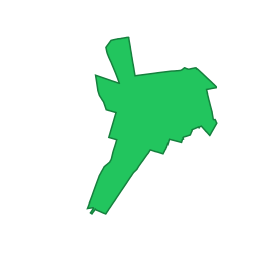 outline of Zeist, Utrecht, Netherlands, rotated 219°
{"feature_id": "6326949B68881677079374", "entity_name": "Zeist", "entity_type": "district", "adm_level": 2, "iso_a3": "NLD", "parent_name": "Netherlands", "parent_adm1": "Utrecht", "projection": "albers", "projection_center": [5.247, 52.115], "detail": "fine", "context": "isolated", "style": "filled", "palette": "green", "viewbox_px": 256, "rotation_deg": 219, "n_neighbors": 0, "source": "geoboundaries", "source_scale": "gbopen_adm2", "svg_char_len": 5177}
<svg xmlns="http://www.w3.org/2000/svg" viewBox="0 0 256 256"><g transform="rotate(219 128 128)"><path d="M170.7,135.3L164.8,133.3L164.0,133.1L163.4,132.9L156.4,128.5L155.3,129.0L154.4,129.3L152.5,130.2L149.8,131.3L147.0,132.5L145.7,129.3L145.3,128.3L144.6,126.7L142.5,121.7L141.8,120.0L141.2,118.6L140.6,117.1L137.0,108.6L129.4,111.8L128.0,108.6L126.9,105.9L125.8,103.0L125.0,101.0L124.7,100.3L124.5,99.8L121.9,94.4L121.4,93.3L121.3,92.9L121.1,92.1L121.0,91.2L120.8,90.2L120.7,89.8L121.0,88.6L121.3,86.8L121.6,85.5L121.7,85.1L122.1,82.8L121.9,81.9L121.5,79.7L121.1,77.0L121.0,76.6L120.8,76.0L120.7,75.0L120.6,74.8L120.5,74.1L120.3,72.9L119.7,71.2L119.6,70.8L119.5,70.6L119.3,70.3L119.2,69.7L119.0,69.2L118.8,68.5L117.3,64.1L116.3,61.2L115.0,57.5L114.8,56.9L113.2,52.4L110.9,45.5L110.6,45.5L110.4,44.7L110.0,43.6L109.4,41.8L108.8,39.9L108.2,40.6L107.4,41.5L105.5,43.5L104.9,44.1L104.3,43.9L104.1,42.0L104.1,41.7L103.9,40.0L103.8,38.4L103.3,38.4L102.1,38.5L101.9,38.6L102.0,39.0L102.1,40.6L102.1,41.5L102.2,43.6L102.2,43.8L102.2,44.2L102.3,44.4L101.7,44.4L101.2,44.3L100.9,44.3L100.7,44.4L100.4,44.5L99.1,44.9L95.9,45.8L93.9,46.3L93.6,46.4L91.5,47.1L91.2,47.2L91.3,48.6L91.5,50.1L91.5,50.3L91.5,50.6L91.6,51.6L91.7,52.0L91.8,53.1L91.8,53.4L91.8,53.6L91.9,54.1L91.9,54.9L92.1,56.9L92.2,57.8L92.3,58.8L92.6,62.3L92.6,63.0L92.7,63.4L92.7,63.9L92.9,65.5L93.0,66.3L93.0,66.5L93.2,68.5L93.2,68.9L93.3,69.9L93.8,75.2L93.8,75.6L93.9,76.1L93.9,76.6L94.2,80.1L94.3,80.9L94.3,81.5L94.4,82.3L94.5,83.7L94.8,86.3L95.1,89.8L95.3,91.8L95.3,92.7L95.6,95.1L95.6,95.9L95.7,96.7L95.1,101.3L95.2,102.2L95.4,103.1L95.5,104.1L95.6,104.7L95.7,105.7L95.8,107.5L95.9,108.9L96.0,110.6L96.0,110.9L96.0,111.5L96.1,112.8L96.3,115.7L96.4,116.9L96.4,117.5L96.5,118.6L96.5,121.1L96.7,122.7L97.0,124.9L95.0,125.7L93.5,126.3L92.5,126.6L91.9,126.9L89.8,127.9L87.2,128.9L85.6,129.5L84.6,129.9L85.6,134.6L85.6,134.8L85.6,135.3L85.6,135.5L85.7,135.8L85.9,136.0L86.0,136.2L86.1,136.3L86.1,136.5L86.1,136.9L86.1,137.2L86.2,137.3L86.3,137.6L86.8,138.9L87.0,139.6L87.2,140.2L87.4,140.7L87.0,140.6L86.6,140.5L87.2,142.1L87.6,143.0L88.6,145.4L77.8,150.3L77.7,150.4L77.4,150.4L77.3,150.5L77.9,152.0L78.2,152.7L78.5,153.4L77.9,154.3L79.2,155.3L79.1,155.6L79.0,155.9L78.8,156.4L77.3,158.5L76.8,159.3L75.2,161.8L75.3,162.2L75.4,162.6L75.6,163.1L76.4,166.1L76.6,166.4L76.7,166.7L76.9,166.8L77.1,167.0L73.8,173.2L72.2,172.6L73.3,173.4L72.2,175.6L70.8,175.4L70.2,175.3L69.6,175.2L67.9,174.9L67.1,174.8L65.1,174.4L64.7,174.5L63.8,174.3L63.0,174.2L62.9,174.2L62.7,174.2L61.3,173.9L61.2,173.9L60.6,173.8L60.4,173.8L59.7,173.7L59.7,173.8L59.9,174.9L60.0,175.6L60.1,176.0L60.4,177.7L60.5,178.2L60.8,180.3L61.5,184.5L62.0,187.6L62.3,187.8L63.3,188.2L63.6,188.3L63.8,188.5L64.1,188.7L64.4,188.9L64.7,189.0L64.9,189.1L65.1,189.2L65.3,189.1L65.5,189.1L65.7,189.3L65.8,189.2L66.1,188.9L66.3,188.7L66.6,188.5L66.8,188.4L67.0,188.4L67.3,188.5L70.5,191.3L71.3,192.0L72.0,192.6L72.5,193.1L72.9,193.5L73.8,194.1L74.2,194.4L76.5,196.1L78.3,197.4L78.8,197.8L79.1,198.0L81.6,199.9L82.6,200.6L82.9,200.8L83.0,200.9L83.7,201.4L84.1,201.8L85.2,202.6L88.0,204.7L87.9,204.8L89.8,206.3L90.8,207.1L91.2,207.4L88.5,210.5L87.9,211.3L84.8,214.8L85.0,215.2L85.2,215.4L85.4,215.6L88.8,216.0L89.5,216.0L90.6,216.1L92.6,216.3L98.5,216.7L100.6,216.9L100.8,216.9L101.2,216.9L103.2,217.1L106.1,217.3L107.0,217.3L107.7,217.4L111.3,217.6L111.7,217.1L111.8,217.1L112.7,217.6L112.9,217.4L113.0,217.3L113.4,217.2L113.6,217.1L113.8,216.8L114.0,216.6L114.3,216.2L114.6,215.8L115.2,215.1L115.5,214.8L115.8,214.4L117.1,212.7L117.4,212.3L117.7,212.0L117.8,211.9L118.4,211.6L118.7,211.5L119.4,211.2L120.3,210.9L121.0,210.7L121.6,210.6L121.8,210.5L121.9,210.4L122.0,210.3L122.0,210.1L122.4,208.5L122.4,208.1L122.6,207.6L122.6,207.3L122.7,207.2L122.8,206.9L122.9,206.7L123.0,206.5L123.3,205.9L124.3,204.9L124.9,204.3L125.5,203.7L126.0,203.3L126.7,202.6L126.9,202.4L127.5,201.8L130.0,199.6L130.5,199.1L139.8,189.5L142.1,187.0L142.2,186.9L142.3,186.8L152.4,176.2L155.4,173.0L159.3,176.4L160.6,177.6L162.2,179.0L164.1,180.7L164.9,181.3L166.6,182.8L167.7,183.8L168.7,184.7L169.1,185.1L169.8,185.6L170.0,185.8L170.8,186.5L171.0,186.7L171.7,187.4L173.3,188.8L175.2,190.4L175.6,190.8L177.0,192.1L177.4,192.5L178.8,193.7L180.5,195.2L181.4,196.0L181.6,196.1L181.9,196.4L182.2,196.7L183.9,198.2L184.0,198.4L184.1,198.5L184.4,198.8L184.5,198.8L184.5,198.6L185.1,198.3L185.3,198.2L185.5,198.1L185.8,197.8L185.8,197.7L186.0,197.5L186.3,197.2L186.5,196.9L186.7,196.7L186.8,196.6L187.8,195.4L188.3,194.9L188.8,194.3L189.4,193.7L189.9,193.0L189.9,192.9L190.1,192.8L190.3,192.5L190.6,192.2L191.0,191.9L191.4,191.5L191.7,191.2L191.9,191.0L192.0,190.9L192.2,190.7L192.3,190.4L192.6,190.1L193.6,188.9L194.9,187.3L196.3,185.4L196.0,178.6L195.9,176.8L195.7,176.6L192.6,174.0L191.3,173.1L190.7,172.7L187.5,170.9L184.7,169.5L182.2,168.3L181.0,167.6L173.6,163.6L173.2,163.4L171.8,162.6L167.3,160.0L164.4,158.2L162.8,157.3L162.8,157.2L163.0,157.1L163.9,156.8L164.1,156.8L164.2,156.7L165.5,156.2L165.9,156.1L166.3,156.0L169.9,154.6L170.9,154.2L171.9,153.9L186.4,148.6L182.2,144.8L177.4,140.4L176.2,139.3L174.9,138.1L172.1,136.2L170.7,135.3Z" fill="#22c55e" stroke="#15803d" stroke-width="1.5"/></g></svg>